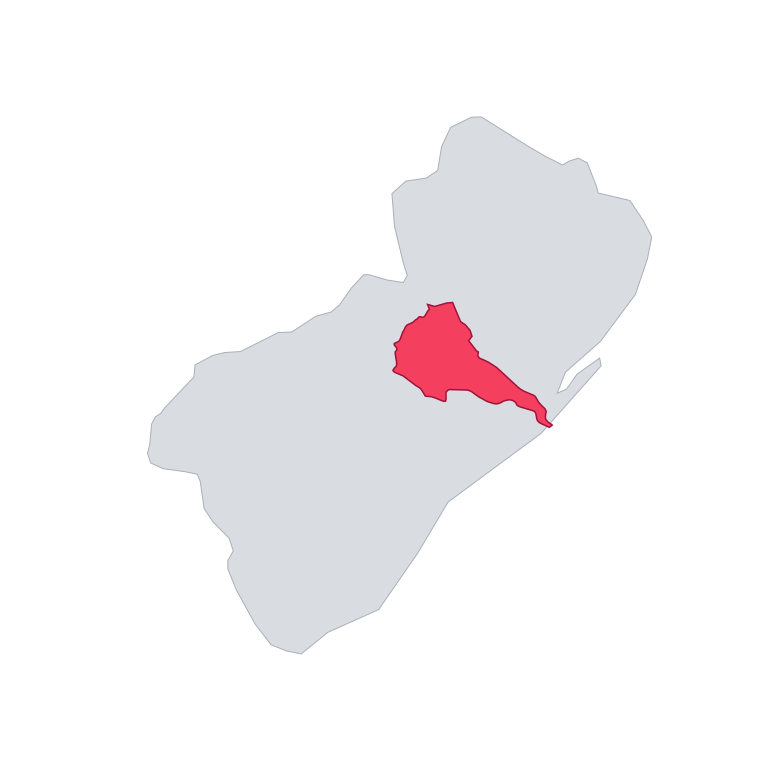 San Vicente on a map of El Salvador (Equal Earth projection), rotated 291°
{"feature_id": "SLV-1353", "entity_name": "San Vicente", "entity_type": "Department", "adm_level": 1, "iso_a3": "SLV", "parent_name": "El Salvador", "parent_adm1": "", "projection": "equal_earth", "projection_center": [-88.756, 13.536], "detail": "fine", "context": "in_parent", "style": "filled", "palette": "rose", "viewbox_px": 768, "rotation_deg": 291, "n_neighbors": 0, "source": "natural_earth", "source_scale": "10m", "svg_char_len": 2788}
<svg xmlns="http://www.w3.org/2000/svg" viewBox="0 0 768 768"><g transform="rotate(291 384 384)"><path d="M276.7,186.2L282.8,187.7L322.4,204.0L334.2,200.8L349.3,213.9L356.4,224.2L362.8,238.3L394.1,266.8L399.4,279.2L422.8,296.0L432.3,308.9L442.2,314.2L461.8,319.1L478.6,325.8L480.6,330.6L482.2,349.6L485.7,365.7L493.7,366.8L503.4,359.0L534.8,337.4L564.5,323.2L581.3,331.7L591.3,349.6L602.6,357.6L626.1,352.7L647.5,354.3L664.3,369.9L668.2,379.0L658.0,431.1L654.3,453.4L652.5,472.2L658.6,477.1L664.5,484.5L663.2,494.6L644.9,511.3L639.1,515.6L643.4,547.8L629.7,567.3L617.2,581.3L595.2,585.1L557.7,586.6L501.4,570.8L459.9,549.1L437.5,549.0L444.6,556.2L462.3,560.7L485.5,576.0L478.8,580.2L394.3,548.4L296.7,486.1L238.3,476.1L171.4,459.8L132.0,420.5L102.3,403.4L99.8,388.5L100.1,372.0L113.6,349.8L138.8,320.0L155.4,304.5L163.2,301.5L174.2,303.1L184.7,294.5L193.8,274.0L203.3,260.7L227.3,247.3L232.8,242.0L231.0,230.5L225.8,208.2L226.6,194.5L234.5,188.1L243.9,186.9L263.4,181.4L271.8,182.5L276.7,186.2Z" fill="#d9dde1" stroke="#a8b0b8" stroke-width="1"/><path d="M406.3,556.1L402.8,553.9L403.4,544.3L403.5,543.4L403.8,542.6L404.1,541.8L404.4,541.1L404.8,540.5L405.7,539.5L406.8,538.7L408.5,537.8L410.7,536.4L411.2,535.9L411.7,535.3L412.1,534.7L412.4,534.0L412.4,532.2L411.4,519.1L411.4,518.1L411.5,517.1L411.7,516.3L412.0,515.6L412.4,515.1L413.8,513.6L414.1,512.9L414.4,512.1L414.7,510.3L414.7,509.3L414.5,508.0L414.0,506.3L412.4,503.7L410.8,501.6L408.7,500.0L407.3,498.5L405.7,496.2L405.4,494.9L405.0,493.1L404.7,487.5L404.7,486.0L405.7,479.0L405.7,478.9L405.7,478.4L405.9,477.4L406.1,476.7L406.2,475.9L408.0,469.4L408.3,467.5L408.4,465.5L408.3,464.6L408.1,463.7L402.3,447.2L401.6,446.2L399.7,445.3L398.7,445.0L397.7,445.1L392.0,447.4L391.3,447.5L390.5,447.6L389.8,447.5L389.3,446.2L389.1,444.0L389.3,438.6L389.2,433.3L387.5,427.0L392.1,421.0L392.6,420.0L393.2,418.5L394.0,414.0L398.4,398.9L398.7,389.7L399.1,388.7L399.8,387.5L401.3,387.6L402.7,388.0L405.2,389.1L406.8,388.8L409.1,387.8L416.5,383.5L418.1,383.0L419.8,383.5L421.2,383.7L422.0,383.0L422.8,381.9L424.0,379.8L424.8,379.2L425.6,379.1L429.0,382.4L430.2,382.8L431.9,383.0L439.5,382.9L441.0,383.3L444.3,383.5L446.9,384.1L447.4,384.5L451.8,388.7L452.4,389.1L454.9,390.3L456.5,391.5L457.1,391.8L458.7,392.4L459.4,392.9L459.7,393.6L460.0,395.3L460.2,396.1L460.5,396.8L461.0,397.3L461.8,397.7L467.8,398.7L470.1,399.5L473.9,396.1L474.6,403.6L481.9,413.2L484.7,418.8L469.7,433.1L468.4,438.7L464.9,445.1L460.1,449.1L454.8,447.5L448.0,458.6L447.7,460.6L443.8,461.5L442.4,464.0L441.8,473.7L439.8,483.2L429.0,510.3L428.0,513.6L427.4,517.7L427.1,527.6L426.5,529.8L422.3,535.1L420.1,539.4L418.7,543.0L416.5,545.3L411.8,546.2L409.0,547.6L407.2,550.9L406.2,555.4L406.2,556.0L406.3,556.1Z" fill="#f43f5e" stroke="#9f1239" stroke-width="1.5"/></g></svg>